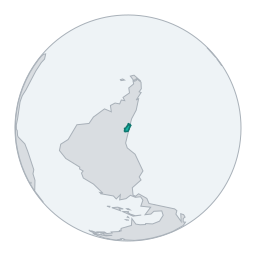 the Earth from above Atacama, rotated 189°
{"feature_id": "CHL-2696", "entity_name": "Atacama", "entity_type": "Region", "adm_level": 1, "iso_a3": "CHL", "parent_name": "Chile", "parent_adm1": "", "projection": "orthographic", "projection_center": [-70.184, -27.52], "detail": "fine", "context": "on_globe", "style": "filled", "palette": "teal", "viewbox_px": 256, "rotation_deg": 189, "n_neighbors": 0, "source": "natural_earth", "source_scale": "10m", "svg_char_len": 4738}
<svg xmlns="http://www.w3.org/2000/svg" viewBox="0 0 256 256"><g transform="rotate(189 128 128)"><circle cx="128" cy="128" r="113" fill="#eef3f6" stroke="#a8b0b8"/><path d="M66.9,33.4L67.2,33.2L69.3,31.9L69.2,31.9L77.7,27.2L86.5,23.3L95.7,20.1L105.1,17.7L103.9,18.0L105.0,17.9L114.5,16.9L114.1,17.5L116.1,18.0L118.0,17.4L117.1,16.8L121.1,16.1L119.5,15.9L121.0,15.7L120.8,15.6L124.7,15.4L128.6,15.4L128.9,15.6L130.6,15.7L133.4,15.6L137.1,16.3L144.8,17.8L145.3,18.2L140.7,18.4L132.8,18.0L126.8,19.5L134.6,18.5L135.8,20.0L137.6,20.4L139.8,20.5L140.9,19.9L142.1,20.6L134.9,21.6L133.6,21.0L136.0,20.6L132.2,20.5L127.3,21.8L128.3,22.7L119.9,24.5L120.5,25.3L119.0,26.3L118.6,24.8L119.1,27.8L109.4,32.3L110.0,39.1L105.2,34.3L100.9,34.3L95.6,35.4L95.6,36.4L88.7,37.1L82.3,40.9L79.6,47.3L81.7,51.4L89.4,49.8L91.9,46.6L97.6,45.0L93.2,53.3L103.1,52.8L102.0,59.1L104.8,62.1L109.9,60.7L115.1,61.9L118.9,57.9L125.0,55.7L125.1,60.9L128.5,56.1L131.8,58.6L144.0,58.8L143.0,60.0L153.3,67.2L164.3,71.6L166.9,76.2L165.6,78.5L169.4,80.0L169.5,81.8L184.6,88.1L192.2,95.0L191.9,101.5L185.3,107.3L179.0,123.2L167.2,126.4L163.9,133.4L154.2,143.2L147.0,141.4L148.9,147.5L144.7,150.6L140.0,150.5L139.0,154.6L135.5,154.5L137.7,157.5L132.0,162.9L133.5,167.7L129.3,172.4L130.4,175.3L128.9,175.2L127.2,176.3L127.0,177.9L122.3,175.3L121.0,168.8L122.7,165.5L120.6,165.1L124.3,156.9L122.1,158.6L122.7,146.9L125.9,137.6L128.0,112.8L125.6,108.2L116.9,103.2L106.5,87.9L109.3,81.4L107.0,78.7L114.4,69.7L112.5,62.5L109.9,61.8L107.2,64.7L98.4,61.4L95.4,56.7L69.3,55.4L66.8,54.0L67.2,50.4L60.8,43.9L62.5,51.6L59.5,51.1L57.7,48.9L59.3,47.3L58.8,43.8L56.5,44.0L58.3,40.2L66.8,33.5L66.9,33.4ZM109.2,41.7L120.6,44.7L114.0,45.5L115.3,44.7L112.5,43.4L107.1,42.5L101.3,44.1L109.2,41.7ZM114.6,37.2L112.6,37.1L114.6,36.9L114.6,37.2ZM68.2,32.5L67.9,32.8L68.2,32.5ZM118.7,15.7L119.7,15.7L119.2,15.7L118.7,15.7ZM130.3,181.1L122.7,176.3L126.9,178.4L129.8,175.8L133.8,179.6L130.3,181.1ZM138.9,174.8L142.3,173.7L143.1,174.6L140.9,175.6L138.9,174.8ZM211.5,52.4L210.5,51.4L207.0,48.1L199.9,41.3L205.9,46.7L211.5,52.4ZM227.0,181.7L224.8,185.4L222.9,187.6L220.9,188.3L221.2,183.0L223.8,179.2L228.0,169.8L234.8,149.6L237.5,143.4L238.7,137.0L238.5,120.0L238.8,113.6L238.1,109.5L237.0,108.1L235.9,103.3L235.0,101.9L227.4,96.2L223.3,89.1L214.5,72.0L214.7,67.9L211.7,61.8L210.3,51.3L213.4,54.5L213.5,54.7L218.5,60.9L223.0,67.5L227.1,74.4L230.6,81.5L233.6,88.9L236.2,96.5L238.1,104.3L239.5,112.1L240.4,120.1L240.6,128.1L240.4,136.0L239.5,144.0L238.1,151.8L236.1,159.6L233.6,167.2L230.6,174.5L227.0,181.7ZM214.7,58.1L215.7,59.6L214.7,58.1ZM144.4,58.8L145.8,59.9L143.9,59.8L144.4,58.8ZM113.1,47.5L115.5,47.4L116.8,48.1L114.9,48.4L113.1,47.5ZM133.7,47.0L136.6,47.5L133.6,47.8L133.7,47.0ZM122.4,45.1L131.5,46.8L125.7,48.2L120.0,47.3L124.0,46.8L122.4,45.1ZM113.3,39.6L114.9,39.8L114.4,40.6L113.3,39.6ZM116.0,37.1L115.4,37.2L114.7,36.6L116.0,37.1ZM136.2,20.0L136.8,19.9L139.0,20.1L138.0,20.3L136.2,20.0ZM149.1,20.1L150.8,21.2L148.8,20.4L147.6,20.7L142.1,19.6L145.3,18.4L144.8,19.0L149.1,20.1ZM135.6,18.2L138.7,18.8L135.2,18.2L135.6,18.2ZM131.0,15.4L131.7,15.4L130.4,15.4L131.0,15.4ZM52.6,211.6L52.2,211.3L55.5,214.1L59.6,217.4L62.6,219.7L52.6,211.6ZM45.9,205.1L45.0,204.0L51.5,210.6L50.1,209.4L45.9,205.1Z" fill="#d9dde1" stroke="#a8b0b8" stroke-width="1"/><path d="M130.9,123.6L130.8,123.9L130.8,124.0L130.9,124.3L130.9,124.5L131.0,124.5L131.1,125.2L131.1,125.3L130.9,125.6L130.8,125.8L130.8,126.0L130.9,126.3L131.3,126.7L131.3,126.8L131.3,127.0L131.2,127.0L130.9,127.1L130.8,127.3L130.7,127.3L130.6,127.2L130.4,127.2L130.4,127.3L130.3,127.5L130.2,127.8L130.0,128.0L129.9,128.2L129.9,128.3L129.8,128.5L129.8,128.8L129.7,128.9L129.5,129.0L129.4,129.2L129.4,129.3L129.2,129.3L129.2,129.5L128.9,129.7L128.9,129.8L128.9,130.1L128.7,130.3L128.8,130.5L128.7,130.6L128.7,130.8L128.7,131.0L128.4,131.2L128.4,131.3L128.3,131.5L128.2,131.5L128.3,131.7L128.3,131.8L128.4,132.1L128.4,132.3L128.2,132.4L127.8,132.3L127.8,132.2L127.7,132.1L127.5,131.9L127.4,131.3L127.3,131.1L127.2,131.1L126.7,131.3L126.6,131.5L126.4,131.7L126.2,131.5L126.2,131.4L125.9,131.3L125.7,131.2L125.8,131.2L125.7,131.1L125.8,131.0L125.7,130.9L125.7,130.7L125.8,130.6L126.0,130.4L126.1,130.2L126.1,129.9L126.3,129.7L126.3,129.4L126.3,129.2L126.3,128.8L126.4,128.7L126.5,128.4L126.7,128.2L126.8,128.0L126.8,127.9L126.7,127.9L126.7,127.7L126.7,127.4L126.7,127.2L126.8,127.2L126.9,126.9L126.9,126.7L127.0,126.5L127.0,126.4L127.1,126.2L127.1,125.9L127.2,125.7L127.2,125.4L127.2,125.2L127.4,124.9L127.6,124.7L127.8,124.7L128.1,124.5L128.3,124.5L128.5,124.5L128.7,124.4L128.8,124.3L129.1,124.3L129.3,124.4L130.0,124.3L130.0,124.2L130.1,123.9L130.3,123.8L130.5,123.8L130.8,123.7L130.9,123.6Z" fill="#14b8a6" stroke="#0f766e" stroke-width="1.5"/></g></svg>